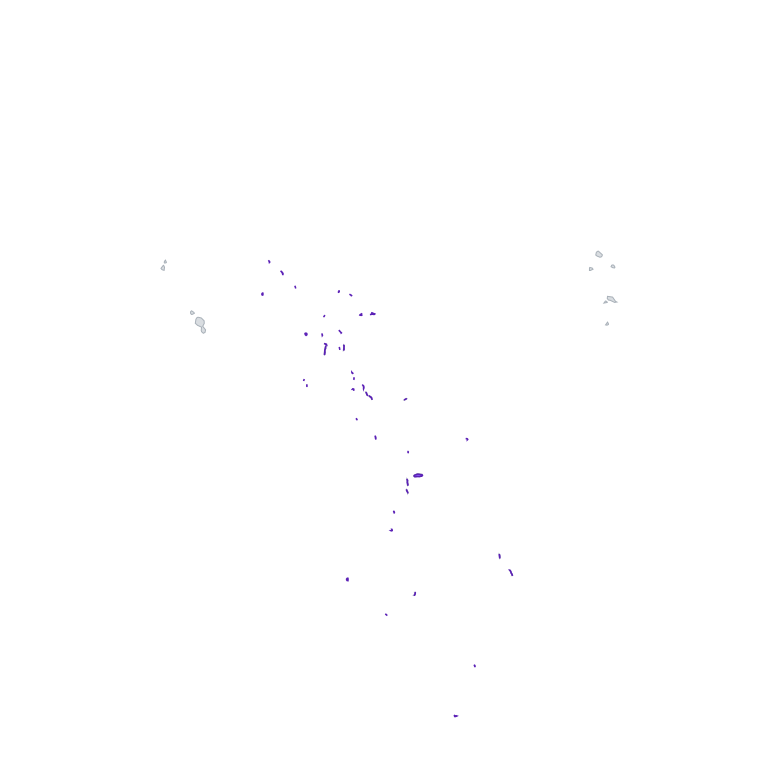 Tuamotu-Gambier highlighted on a map of French Polynesia, rotated 35°
{"feature_id": "PYF-4965", "entity_name": "Tuamotu-Gambier", "entity_type": "state/province", "adm_level": 1, "iso_a3": "PYF", "parent_name": "French Polynesia", "parent_adm1": "", "projection": "albers", "projection_center": [-142.294, -18.652], "detail": "fine", "context": "in_parent", "style": "filled", "palette": "violet", "viewbox_px": 768, "rotation_deg": 35, "n_neighbors": 0, "source": "natural_earth", "source_scale": "10m", "svg_char_len": 7348}
<svg xmlns="http://www.w3.org/2000/svg" viewBox="0 0 768 768"><g transform="rotate(35 384 384)"><path d="M202.4,440.7L206.8,442.0L207.8,444.4L206.9,446.1L204.6,445.8L203.5,444.9L201.9,442.1L197.6,442.9L194.6,442.5L192.8,438.8L192.7,437.1L193.3,436.0L196.5,434.7L200.4,435.4L202.0,437.5L202.4,440.7ZM521.4,181.7L526.2,183.5L527.7,183.3L526.1,184.9L521.3,185.7L519.7,186.5L517.8,185.9L516.8,184.0L521.4,181.7ZM488.2,156.3L485.1,157.0L483.5,156.9L482.4,154.3L482.9,152.7L483.4,152.2L488.7,152.9L489.2,154.0L489.1,155.2L488.2,156.3ZM137.4,417.5L136.2,417.6L135.0,417.2L135.1,413.9L135.4,413.2L137.2,414.2L138.7,417.0L137.4,417.5ZM187.2,436.7L186.3,437.5L185.0,437.0L184.4,436.2L184.1,435.4L184.4,434.4L187.2,434.4L188.1,434.8L187.2,436.7ZM504.8,157.5L502.7,157.7L502.4,156.1L503.0,155.3L503.9,154.9L505.5,155.4L506.3,156.1L506.3,156.7L504.8,157.5ZM487.9,172.7L487.2,173.2L485.9,171.3L485.7,170.5L488.1,169.6L489.4,170.1L487.9,172.7ZM318.7,393.7L318.8,394.2L318.2,394.2L317.0,392.6L316.6,391.2L315.8,389.6L314.8,388.5L314.7,387.4L314.6,385.7L315.8,388.3L316.9,390.4L317.7,392.0L318.7,393.7ZM462.2,442.0L462.3,442.7L461.2,442.6L460.9,442.4L460.9,441.2L461.8,439.8L462.4,438.7L463.7,437.6L466.0,436.5L467.1,436.1L467.5,436.4L467.0,436.5L463.2,438.8L462.0,440.3L461.5,441.5L461.6,441.8L462.2,442.0ZM532.8,208.0L531.6,208.5L531.6,205.1L533.1,205.8L533.7,206.4L533.4,207.3L532.8,208.0ZM461.5,452.7L461.7,453.6L460.6,453.0L459.5,451.4L457.6,449.4L457.1,448.5L458.6,449.3L459.6,450.5L461.5,452.7ZM135.3,410.5L134.7,410.8L134.1,410.3L133.8,409.4L133.9,407.9L135.5,408.8L136.1,409.4L135.3,410.5ZM520.1,189.2L517.7,191.6L517.8,189.0L518.6,188.7L519.4,188.7L520.1,189.2ZM599.2,467.0L598.5,467.7L598.5,467.0L597.6,466.6L596.5,465.9L594.9,465.1L594.0,464.9L593.6,464.5L594.2,464.2L595.2,464.6L596.6,465.4L598.2,466.2L599.2,467.0ZM331.8,378.3L331.6,379.7L331.0,378.3L329.1,376.1L328.4,375.1L329.2,375.3L331.8,378.3ZM465.8,458.9L466.2,460.1L465.5,459.5L463.2,458.4L462.9,457.4L465.8,458.9ZM381.7,402.2L383.4,403.8L381.1,402.8L378.3,402.3L379.4,402.0L380.9,402.1L381.7,402.2ZM377.7,402.8L376.5,402.9L373.5,401.1L374.6,401.0L376.3,402.2L377.7,402.8ZM578.8,459.9L578.8,460.5L575.9,457.3L577.1,457.6L578.8,459.9ZM530.4,539.5L529.5,540.0L529.9,539.2L529.2,537.4L528.6,537.2L529.3,536.7L530.2,538.0L530.4,539.5ZM410.2,385.3L409.6,385.7L410.3,383.1L411.1,382.8L410.2,385.3Z" fill="#d9dde1" stroke="#a8b0b8" stroke-width="1"/><path d="M466.2,439.6L464.7,440.5L463.8,441.3L462.9,442.1L462.6,442.2L462.1,442.3L461.6,442.2L461.3,442.0L461.3,441.6L461.4,441.2L461.8,440.5L462.4,439.8L463.0,438.7L464.2,438.0L466.4,437.0L467.0,436.5L467.9,436.7L468.0,437.3L467.7,438.0L467.1,438.5L466.2,439.6ZM465.3,564.2L465.8,563.8L466.4,564.3L467.3,565.8L466.5,566.2L465.7,565.9L465.2,565.2L465.3,564.2ZM290.8,387.1L291.6,386.9L292.3,387.3L292.6,388.1L292.3,388.9L291.4,388.8L290.7,388.4L290.3,387.9L290.8,387.1ZM318.8,394.3L318.2,393.9L317.3,392.1L316.6,391.2L315.8,389.7L315.4,388.0L314.8,387.3L314.6,385.8L314.7,386.3L314.9,387.0L315.3,387.7L315.6,388.0L315.8,388.3L316.1,390.0L316.3,390.4L316.4,390.6L317.7,392.1L318.4,393.9L318.8,394.3ZM233.1,381.0L232.5,380.6L232.2,379.9L232.3,379.2L232.7,379.0L232.8,379.1L233.2,379.9L233.5,380.1L233.7,380.4L233.7,380.7L233.5,380.9L233.1,381.0ZM332.7,335.1L334.1,333.6L335.5,332.8L336.2,332.1L335.4,332.4L334.1,332.6L332.6,332.9L333.2,332.6L333.9,332.4L335.3,332.2L335.9,331.9L336.3,331.8L336.4,332.2L336.3,332.4L335.7,332.9L334.7,333.4L334.4,333.6L334.1,333.8L333.2,334.8L332.7,335.1ZM461.7,453.7L460.9,452.5L459.5,451.4L458.8,450.1L458.4,449.7L457.1,448.5L457.4,448.8L458.6,449.3L459.4,450.8L460.0,451.5L460.8,452.1L461.5,452.8L461.7,453.7ZM631.9,615.1L632.5,615.1L633.5,614.3L634.2,614.1L634.0,614.5L632.9,615.8L632.6,615.8L632.3,615.6L631.9,615.4L631.9,615.1ZM238.6,352.9L238.3,352.5L237.9,352.1L237.3,351.6L236.5,351.2L234.4,350.6L235.7,350.7L237.1,351.0L238.2,351.7L238.6,352.9ZM383.4,403.8L381.3,402.4L379.7,402.5L378.3,402.3L380.9,402.1L381.7,402.3L382.3,402.8L383.4,403.8ZM578.8,460.5L575.9,457.3L576.7,457.7L577.6,458.6L578.4,459.6L578.8,460.5ZM331.6,379.8L331.0,378.4L329.4,375.8L328.4,375.2L329.2,375.3L329.7,375.9L330.5,377.3L331.3,378.3L331.6,378.9L331.6,379.8ZM370.1,399.8L370.0,399.7L369.1,398.3L368.1,397.5L367.1,397.1L366.5,396.9L367.2,397.1L368.2,397.2L368.7,397.4L369.6,398.4L369.9,399.0L370.1,399.8ZM598.5,467.7L598.6,467.3L598.5,467.0L598.3,466.8L598.0,466.6L597.7,466.4L596.8,466.1L596.5,466.0L596.3,465.8L596.1,465.6L595.9,465.4L594.5,464.5L594.2,464.4L594.0,464.6L594.0,464.8L594.0,465.0L593.9,464.8L593.9,464.7L593.6,464.5L594.2,464.3L595.2,464.7L596.1,465.3L596.5,465.8L598.1,466.4L598.8,467.0L598.5,467.7ZM408.2,434.3L408.6,433.7L406.3,431.5L407.2,431.9L408.2,432.7L408.8,433.6L408.2,434.3ZM314.6,384.9L311.7,385.2L313.2,384.6L314.0,384.4L314.6,384.9ZM326.8,340.0L326.4,340.5L325.9,340.9L325.3,341.2L324.8,341.4L324.6,341.0L325.0,340.1L325.7,338.7L325.1,340.4L324.9,341.1L325.6,340.9L326.8,340.0ZM377.7,402.8L376.2,402.7L374.9,401.7L373.7,401.0L374.7,401.3L376.5,402.6L377.7,402.8ZM319.1,366.4L319.5,366.4L319.8,366.5L319.7,366.9L319.1,366.5L317.0,366.1L316.2,365.6L318.3,366.3L319.1,366.4ZM473.7,498.6L473.9,498.5L474.2,498.7L474.6,499.0L474.8,499.3L474.7,499.7L474.4,500.0L474.1,500.2L473.7,500.2L474.2,499.8L474.5,499.5L474.4,499.1L473.7,498.6ZM620.9,563.7L618.9,562.3L619.6,562.4L620.1,562.6L620.6,563.1L620.9,563.7ZM529.5,540.1L530.0,539.6L530.1,539.2L529.4,537.3L529.3,537.1L529.1,537.0L528.6,537.2L529.0,537.0L529.2,536.9L529.4,537.0L530.0,538.1L530.2,539.5L529.5,540.1ZM466.2,460.1L466.0,459.6L465.5,459.2L463.8,458.4L463.3,457.9L463.0,457.6L462.9,457.4L463.7,458.0L465.8,459.2L466.0,459.6L466.2,460.1ZM220.4,350.2L219.7,349.5L218.4,349.0L219.1,349.1L220.0,349.3L220.5,349.7L220.4,350.2ZM293.7,335.4L294.0,334.7L294.2,334.1L293.2,333.4L294.0,333.5L294.4,334.1L294.3,334.8L293.7,335.4ZM361.2,405.8L362.1,405.5L362.6,406.0L362.9,406.6L363.0,406.9L362.6,406.5L362.2,406.0L361.7,405.7L361.1,406.3L361.1,406.1L361.2,405.8ZM464.5,483.1L465.3,482.6L466.1,483.1L466.3,483.7L465.6,484.0L466.1,483.4L465.7,483.1L465.0,483.0L464.5,483.1ZM484.3,381.9L484.0,381.4L483.2,381.4L482.3,381.9L483.0,381.3L483.8,381.1L484.4,381.4L484.3,381.9ZM352.9,393.5L351.9,393.2L351.3,393.3L351.0,392.9L351.3,393.0L351.2,393.1L351.7,392.9L352.2,393.0L352.6,393.3L352.9,393.5ZM409.6,385.7L409.9,384.9L410.3,384.1L410.7,383.4L411.1,382.8L409.6,385.7ZM306.3,331.0L306.4,330.3L305.9,330.2L304.2,330.3L305.9,330.0L306.7,330.2L306.3,331.0ZM322.6,430.7L320.9,428.6L321.3,428.9L321.8,429.4L322.6,430.7ZM305.7,379.8L304.1,378.2L305.2,379.0L305.7,379.4L305.7,379.8ZM356.6,397.9L356.5,397.3L356.4,397.0L355.5,395.9L356.0,396.2L356.4,396.8L356.7,397.4L356.6,397.9ZM382.7,429.1L381.9,428.6L380.8,428.3L381.4,428.2L381.9,428.4L382.4,428.7L382.7,429.1ZM519.5,571.8L517.0,571.7L517.6,571.5L518.2,571.6L518.9,571.7L519.5,571.8ZM316.4,427.6L316.2,427.2L316.0,426.8L316.0,426.3L316.0,425.7L316.4,427.6ZM443.1,426.2L442.6,425.7L442.2,425.6L441.8,425.6L442.4,425.5L442.9,425.7L443.1,426.2L443.2,426.3L443.2,426.7L443.2,426.9L443.1,426.7L443.1,426.2ZM296.2,363.0L296.0,363.9L296.1,363.3L296.1,362.6L296.1,362.3L295.9,362.1L295.5,361.9L295.9,362.0L296.0,362.0L296.2,362.6L296.2,363.0ZM256.9,356.4L255.2,355.1L254.6,354.7L255.2,355.0L255.8,355.4L256.9,356.4ZM328.3,381.4L326.1,379.4L326.6,379.7L328.3,381.4Z" fill="#8b5cf6" stroke="#5b21b6" stroke-width="1.5"/></g></svg>